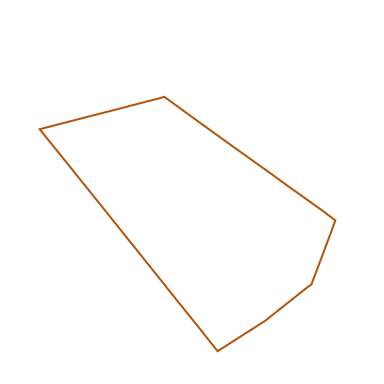 outline of Saku, Eastern, Kenya, rotated 318°
{"feature_id": "3690345B97968692323011", "entity_name": "Saku", "entity_type": "district", "adm_level": 2, "iso_a3": "KEN", "parent_name": "Kenya", "parent_adm1": "Eastern", "projection": "equal_earth", "projection_center": [37.99, 2.373], "detail": "fine", "context": "isolated", "style": "outline", "palette": "amber", "viewbox_px": 384, "rotation_deg": 318, "n_neighbors": 0, "source": "geoboundaries", "source_scale": "gbopen_adm2", "svg_char_len": 580}
<svg xmlns="http://www.w3.org/2000/svg" viewBox="0 0 384 384"><g transform="rotate(318 192 192)"><path d="M262.6,229.7L253.3,187.7L253.0,186.3L244.7,148.1L235.1,102.7L230.5,100.6L219.9,95.0L179.7,74.1L179.3,73.9L163.9,65.8L120.8,43.4L118.6,84.0L114.2,162.3L112.4,192.3L112.4,192.9L109.4,244.7L109.3,245.1L109.2,246.8L106.6,293.6L104.5,327.4L157.8,336.3L159.3,336.6L214.0,340.0L218.9,340.6L228.0,335.9L254.4,322.2L254.8,322.0L263.8,317.3L279.5,309.1L276.6,293.9L276.4,292.9L267.6,253.2L267.4,252.5L267.2,251.6L262.6,229.7Z" fill="none" stroke="#b45309" stroke-width="2"/></g></svg>